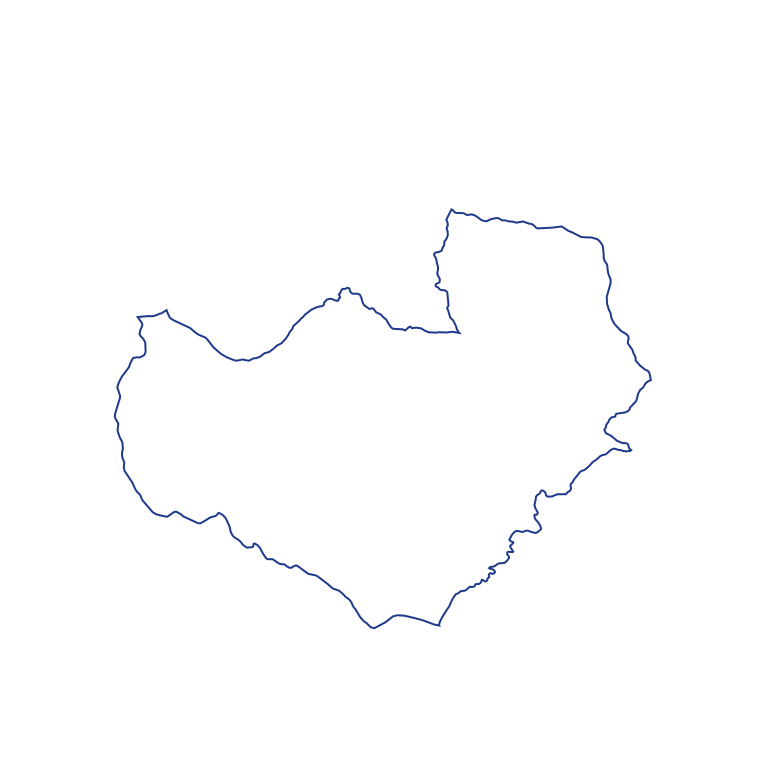 El Calvario, Meta, Colombia, rotated 313°
{"feature_id": "7082276B98966151255757", "entity_name": "El Calvario", "entity_type": "district", "adm_level": 2, "iso_a3": "COL", "parent_name": "Colombia", "parent_adm1": "Meta", "projection": "mercator", "projection_center": [-73.69, 4.367], "detail": "fine", "context": "isolated", "style": "outline", "palette": "blue", "viewbox_px": 768, "rotation_deg": 313, "n_neighbors": 0, "source": "geoboundaries", "source_scale": "gbopen_adm2", "svg_char_len": 6166}
<svg xmlns="http://www.w3.org/2000/svg" viewBox="0 0 768 768"><g transform="rotate(313 384 384)"><path d="M245.1,589.2L245.6,588.4L248.0,587.1L251.9,585.9L262.0,583.9L265.7,583.4L271.5,581.3L276.0,580.3L279.4,579.9L281.2,580.9L284.9,581.5L288.3,584.3L294.4,585.1L295.0,586.2L297.1,588.0L298.1,588.1L300.0,587.5L302.7,589.9L304.0,590.2L305.3,590.1L307.5,589.1L308.0,589.6L308.4,592.2L309.0,593.1L309.8,593.3L310.9,593.3L312.3,592.4L314.5,592.7L316.1,590.6L316.9,590.5L318.0,590.8L318.6,591.4L318.7,592.2L320.0,593.4L321.4,593.6L322.2,593.4L322.8,592.1L322.7,590.1L321.2,587.6L321.0,586.4L322.7,586.6L325.2,588.6L326.6,589.3L330.1,589.9L331.5,590.7L335.0,593.9L337.1,594.5L339.8,594.4L341.7,594.2L342.4,593.8L343.0,593.1L343.4,590.4L344.2,589.5L345.3,589.0L346.1,589.4L348.9,592.8L349.6,592.7L351.1,586.9L352.0,586.7L355.8,587.0L356.4,586.4L355.4,583.8L355.6,581.9L360.9,580.4L364.9,580.3L366.3,580.8L367.9,582.3L370.2,586.2L373.5,587.9L374.8,589.1L376.9,594.0L378.6,596.6L380.1,597.3L384.5,597.9L385.3,597.6L387.0,594.8L387.8,591.8L388.4,586.7L389.3,584.8L391.0,583.3L391.4,583.4L392.4,584.7L393.0,584.9L394.3,584.6L394.8,584.1L396.4,579.4L398.1,576.6L403.2,573.6L405.2,572.0L406.9,571.8L409.9,572.5L413.4,571.7L414.2,572.4L414.8,574.8L414.5,576.2L413.0,578.7L413.3,580.7L416.3,583.5L422.2,586.3L423.1,587.8L425.8,590.3L427.3,592.2L430.4,592.1L431.7,592.7L433.3,592.7L434.8,592.3L437.4,589.3L438.2,588.8L440.8,588.9L443.9,588.1L453.4,587.4L455.2,587.7L457.0,588.9L459.2,589.5L464.3,590.0L469.5,589.9L473.3,590.9L478.8,591.4L481.0,592.2L482.4,593.4L484.9,594.4L490.3,594.8L493.2,595.9L494.5,597.7L495.7,600.7L496.9,601.7L498.1,604.7L499.2,605.9L499.6,607.0L501.8,608.5L502.7,609.8L504.4,609.7L504.1,608.3L504.2,607.1L506.1,603.9L506.3,602.8L505.9,601.6L503.2,598.1L501.4,593.3L501.0,585.4L499.4,579.9L500.6,576.6L501.1,576.3L503.5,575.9L505.9,574.3L508.8,574.1L512.1,573.0L514.7,573.2L517.9,575.3L519.7,574.3L520.8,574.3L527.6,579.7L529.7,580.6L532.4,581.1L534.9,580.0L543.5,580.1L550.7,576.3L554.3,575.4L558.3,575.9L562.5,574.9L564.5,575.0L567.1,575.7L568.8,576.5L569.9,575.1L573.1,570.5L573.5,568.9L573.5,567.7L572.6,565.3L572.1,558.3L572.8,552.1L575.2,549.5L576.8,545.1L578.4,542.3L580.0,534.7L581.5,533.2L583.4,532.5L585.5,530.2L585.8,527.4L584.5,521.6L585.0,512.5L585.5,510.1L587.2,505.6L590.5,501.1L591.5,498.1L594.7,492.6L599.7,487.4L611.9,481.2L615.0,478.5L617.3,473.4L619.2,470.7L622.9,466.5L623.6,465.2L624.5,461.4L626.0,458.7L629.0,455.9L633.9,450.2L634.7,448.5L635.5,444.0L635.4,441.4L632.8,436.0L627.7,430.2L625.8,427.5L623.3,418.4L621.8,414.6L620.4,406.5L613.4,400.7L602.5,390.2L602.0,388.6L602.2,386.3L601.8,383.0L600.1,380.5L597.7,374.9L592.1,370.6L590.5,367.4L588.0,364.3L586.3,361.0L584.3,358.8L583.3,354.6L582.1,353.1L577.7,349.9L573.1,348.1L571.6,346.2L570.3,343.4L569.7,337.5L568.9,334.5L567.6,332.1L565.4,330.6L563.9,328.8L563.5,326.5L562.5,324.8L558.1,319.8L557.8,318.3L558.1,316.2L557.7,314.3L546.7,317.5L545.4,320.4L543.4,322.6L541.5,323.1L540.1,324.2L539.1,326.3L536.4,329.2L532.4,330.8L529.7,330.9L526.3,333.5L524.6,333.6L521.0,335.2L518.4,334.3L514.9,331.9L513.3,332.0L512.2,333.2L511.7,335.5L510.3,337.9L508.2,340.6L506.6,343.5L504.8,345.2L501.1,347.6L500.3,349.0L499.1,352.6L498.3,353.8L496.3,355.1L495.1,355.0L492.9,353.9L491.7,354.2L490.9,354.8L490.8,355.7L491.5,357.5L491.2,360.5L491.6,361.5L494.1,364.8L494.4,366.6L494.0,368.0L485.9,377.1L484.8,377.9L483.0,378.2L482.3,378.7L481.5,380.8L477.8,387.1L477.6,391.4L475.3,397.5L473.8,399.8L472.8,402.9L472.7,404.2L468.9,398.5L464.2,394.5L459.6,389.1L457.1,387.1L452.3,381.4L450.8,377.4L450.0,373.2L447.1,369.0L443.8,366.3L444.0,364.3L442.7,363.4L437.7,363.0L436.7,360.4L430.6,353.0L430.2,351.4L430.7,348.0L432.6,341.8L432.4,337.1L432.7,334.4L431.1,329.3L431.9,324.8L431.2,323.7L428.9,322.1L428.1,315.8L428.8,313.4L430.7,309.9L431.4,309.2L432.8,305.6L432.4,303.8L430.8,301.7L429.0,300.0L428.3,298.4L428.8,295.6L430.0,294.0L430.1,292.9L429.6,291.9L429.3,291.5L427.0,290.7L425.3,288.8L423.2,288.9L420.8,289.9L418.8,289.9L417.3,292.9L414.9,292.9L414.3,293.5L413.6,293.6L412.4,292.4L410.2,287.0L407.0,284.7L402.8,284.7L401.1,285.9L399.7,285.9L398.3,285.4L396.9,284.1L394.0,282.3L389.1,280.3L380.9,278.9L377.9,279.1L374.9,278.7L373.3,278.9L365.5,278.3L364.2,278.3L361.7,279.4L357.6,279.6L355.7,280.3L350.6,281.2L344.1,281.3L339.0,279.5L334.3,279.1L329.2,278.2L324.9,275.6L319.4,274.7L315.6,272.8L314.0,271.2L308.8,269.3L305.5,263.8L301.0,260.7L299.4,258.7L296.4,251.1L294.8,244.2L294.5,234.2L296.0,225.3L296.2,221.8L293.7,215.0L293.0,210.9L292.7,204.0L287.1,186.7L286.4,182.4L288.0,178.1L289.7,174.6L283.8,173.0L282.3,171.9L280.6,171.3L277.1,169.5L275.8,168.6L272.8,165.2L265.0,158.2L263.4,165.6L262.1,167.3L256.9,169.2L253.7,171.2L253.0,173.5L252.9,176.8L251.6,181.0L244.9,187.8L241.8,188.9L239.7,188.4L236.5,187.0L235.4,185.4L231.9,182.7L226.8,184.1L222.3,186.0L210.4,187.3L206.0,188.5L202.9,189.6L199.6,191.3L195.4,199.0L193.4,200.6L181.1,206.5L177.7,208.4L176.0,210.0L173.7,216.9L168.7,220.5L167.5,222.0L164.7,227.3L163.0,232.3L158.6,237.2L155.9,238.7L153.3,240.9L151.4,243.4L149.8,247.0L148.9,248.1L145.8,250.3L143.5,253.5L140.3,267.0L137.6,273.5L136.8,276.5L136.6,280.9L136.0,282.9L134.9,284.8L134.2,286.9L132.5,302.1L133.1,305.3L133.7,306.9L136.8,312.6L139.2,316.1L146.8,317.7L147.8,318.1L149.1,319.6L150.2,324.0L150.3,327.6L155.2,342.4L156.4,344.3L157.3,344.9L162.7,346.6L166.9,347.6L170.2,349.2L171.6,350.3L173.8,351.1L176.5,350.9L177.3,351.2L178.2,355.5L178.0,359.5L174.5,368.1L171.2,372.9L169.9,376.8L169.8,379.2L170.8,384.1L170.7,387.5L170.2,390.2L170.4,392.6L170.7,394.8L171.3,395.8L174.7,398.8L176.0,399.2L178.0,397.7L178.6,397.8L179.2,398.4L179.9,401.4L179.6,404.7L177.4,411.2L176.1,417.1L176.6,418.5L179.9,422.0L181.0,429.4L181.8,431.3L183.7,433.5L184.4,434.9L184.3,436.9L185.1,440.2L186.4,441.6L190.1,442.5L191.9,444.3L193.5,458.1L197.3,464.3L198.0,466.4L199.3,479.0L199.5,485.8L202.1,491.9L202.4,496.0L202.2,501.3L202.7,505.4L202.2,508.9L200.3,513.0L199.7,517.0L197.2,525.8L196.7,531.3L197.2,533.7L197.1,540.3L198.8,543.5L210.6,547.5L220.3,549.1L224.2,551.7L228.5,557.0L233.4,565.5L237.6,573.4L242.4,584.9L245.1,589.2Z" fill="none" stroke="#1e3a8a" stroke-width="2"/></g></svg>